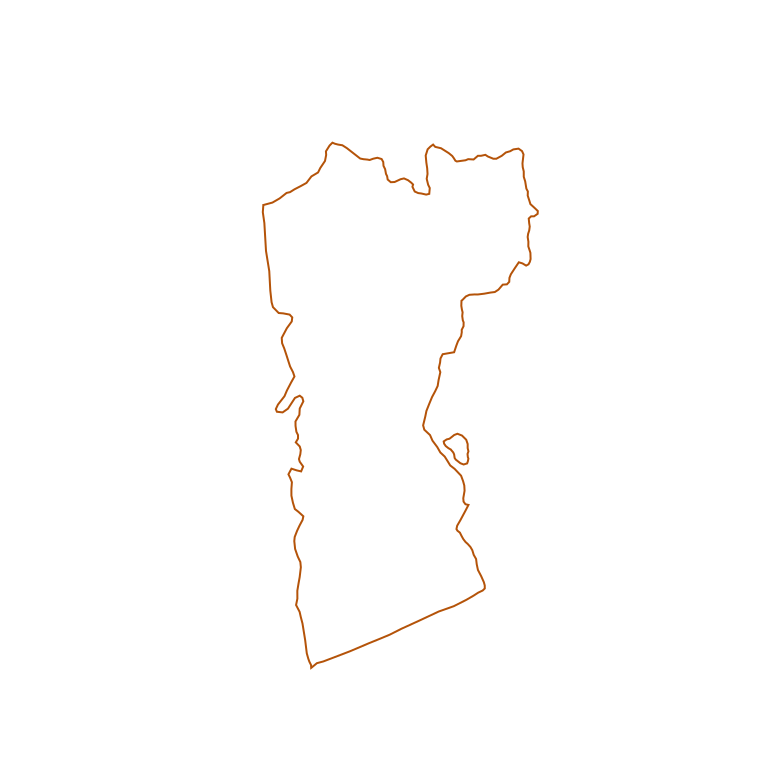 the district of Strömsund, Jämtland, Sweden, rotated 218°
{"feature_id": "70781695B21663414086588", "entity_name": "Strömsund", "entity_type": "district", "adm_level": 2, "iso_a3": "SWE", "parent_name": "Sweden", "parent_adm1": "Jämtland", "projection": "mercator", "projection_center": [15.173, 64.234], "detail": "fine", "context": "isolated", "style": "outline", "palette": "amber", "viewbox_px": 768, "rotation_deg": 218, "n_neighbors": 0, "source": "geoboundaries", "source_scale": "gbopen_adm2", "svg_char_len": 4079}
<svg xmlns="http://www.w3.org/2000/svg" viewBox="0 0 768 768"><g transform="rotate(218 384 384)"><path d="M319.2,159.7L317.2,155.7L310.2,152.5L306.3,149.3L300.8,145.1L288.4,133.6L279.0,124.2L274.5,120.9L271.8,119.2L268.4,117.6L266.6,115.5L266.4,116.3L265.0,122.7L261.0,128.0L246.4,152.2L236.2,170.6L230.5,180.5L225.2,189.9L219.6,201.8L210.6,219.1L200.8,238.4L192.2,251.9L186.2,264.7L183.1,272.4L181.3,277.6L180.2,279.8L179.1,282.0L178.7,284.9L180.6,287.3L183.3,289.3L189.1,292.4L195.5,295.3L199.9,299.0L203.7,302.8L208.1,304.6L212.1,307.4L215.6,308.8L219.6,309.5L222.5,309.7L226.0,310.6L229.1,311.9L232.7,313.6L235.8,313.6L237.6,314.3L239.1,317.4L240.0,323.9L241.8,334.3L243.0,340.7L245.8,339.4L248.9,340.3L251.2,342.8L252.6,345.4L254.8,349.5L258.2,353.4L261.8,356.1L266.8,359.2L276.1,360.6L281.7,360.6L286.5,362.4L291.5,364.2L297.1,364.7L297.4,364.7L303.2,367.1L310.9,369.2L316.3,372.1L324.1,372.8L327.7,375.5L331.5,383.9L334.0,388.9L336.3,396.8L338.1,403.3L339.2,409.7L340.5,415.5L343.3,420.5L346.9,428.0L350.7,430.5L353.0,435.4L355.2,438.9L356.1,443.6L351.2,449.0L348.3,452.2L350.7,459.0L352.0,463.2L352.7,469.2L354.6,472.7L356.1,474.5L356.9,478.5L359.2,481.6L361.1,482.7L364.2,485.7L366.2,488.9L368.4,490.6L371.2,493.2L374.2,497.3L373.9,498.8L373.4,503.4L371.6,506.9L367.7,510.4L365.1,512.4L360.6,516.9L356.4,521.6L353.3,524.7L351.9,528.8L351.6,535.4L348.5,538.2L348.2,541.6L350.5,544.9L351.6,548.6L352.2,555.6L352.7,562.9L349.1,564.3L344.9,564.8L343.8,567.3L344.3,570.1L345.4,572.7L349.4,577.5L352.3,579.5L352.8,579.8L355.0,581.3L357.8,585.0L361.3,588.3L362.9,591.1L364.1,594.4L366.1,597.8L368.6,600.1L371.8,603.5L371.3,606.7L369.0,608.5L367.7,612.7L369.3,615.0L374.2,615.5L379.4,615.9L382.4,618.0L386.7,620.9L389.2,624.3L392.1,625.6L397.5,630.6L401.4,633.3L404.8,637.6L408.2,640.3L410.7,643.1L412.9,646.7L415.4,650.8L418.6,652.5L422.9,652.3L424.4,650.7L426.5,648.5L427.9,645.1L430.5,641.5L431.7,636.3L434.2,630.6L436.6,628.8L442.3,627.2L445.2,627.0L448.0,623.6L450.5,621.6L451.6,616.1L456.1,613.0L457.5,610.5L460.8,607.1L463.6,604.2L465.2,603.9L467.9,604.9L470.6,605.7L475.1,605.8L484.2,604.9L489.6,602.4L492.7,602.9L493.6,599.7L494.1,595.8L491.8,589.7L486.9,584.5L482.8,580.6L479.0,576.3L476.7,572.0L471.9,568.2L468.6,566.6L465.4,561.7L467.4,559.2L471.9,557.1L474.6,555.5L478.3,554.6L483.0,556.9L483.9,559.1L486.4,559.4L490.5,559.4L494.8,558.3L497.0,555.6L500.0,549.7L502.9,547.2L507.0,547.4L509.5,549.7L511.8,550.8L515.4,554.0L518.7,555.6L521.3,558.5L524.4,559.8L528.5,558.2L531.2,554.9L533.2,551.7L535.3,550.6L538.6,548.5L541.6,547.0L548.8,547.0L558.5,547.0L563.8,546.5L567.6,544.4L570.6,543.1L573.2,542.4L573.7,538.4L573.0,531.6L570.6,528.9L567.8,523.4L567.2,515.0L566.2,510.1L569.0,502.9L568.9,494.7L571.5,488.6L574.4,482.3L576.2,477.3L578.4,474.6L580.5,466.0L583.6,458.3L589.3,450.7L589.1,450.5L585.3,444.8L577.4,437.2L558.9,416.2L543.9,402.3L531.1,387.6L522.9,379.2L518.8,376.2L510.7,375.1L506.9,377.6L501.1,380.6L497.3,380.0L495.2,376.5L494.9,368.1L493.0,357.4L489.4,353.4L484.5,350.6L478.8,346.8L472.8,342.7L468.8,340.0L463.0,337.3L459.2,334.8L458.1,327.8L456.5,319.1L454.9,313.1L454.9,302.5L453.8,297.6L451.3,296.2L446.4,299.2L444.5,305.4L445.6,318.2L443.2,322.9L439.9,322.9L436.9,320.7L435.3,312.8L431.7,307.6L430.7,300.0L427.9,296.5L423.6,292.4L420.3,290.8L418.1,288.0L417.6,283.7L411.9,282.9L408.9,280.7L406.7,277.1L404.8,272.5L402.6,270.9L396.9,269.2L395.5,264.1L399.6,262.2L404.8,260.3L403.7,254.0L400.4,252.4L396.1,249.9L392.3,244.2L388.2,239.0L382.7,234.4L377.3,230.6L372.9,230.6L366.1,230.1L364.5,226.8L363.4,220.5L362.1,214.8L360.2,208.5L358.0,205.0L352.5,199.3L345.7,194.9L340.3,192.2L336.7,188.4L331.6,180.0L328.6,174.3L325.0,167.7L320.1,161.5L319.2,159.7ZM290.9,373.5L290.8,373.4L287.3,372.7L285.4,371.7L282.8,369.2L280.9,368.6L275.0,368.6L271.7,369.6L269.6,372.6L270.4,374.9L271.6,377.2L272.9,378.0L275.1,380.3L276.0,382.9L278.6,385.0L281.1,388.2L284.9,390.7L290.8,391.4L295.5,390.0L297.3,387.0L297.8,384.8L298.7,381.2L300.5,378.9L301.6,375.5L299.9,374.0L297.1,373.1L293.7,373.1L290.9,373.5Z" fill="none" stroke="#b45309" stroke-width="2"/></g></svg>